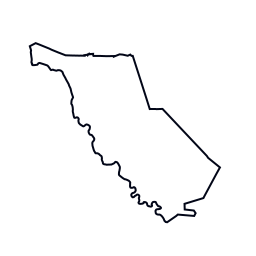 outline of Piedras Negras, Coahuila, Mexico, rotated 170°
{"feature_id": "50627088B9984544896991", "entity_name": "Piedras Negras", "entity_type": "district", "adm_level": 2, "iso_a3": "MEX", "parent_name": "Mexico", "parent_adm1": "Coahuila", "projection": "albers", "projection_center": [-100.532, 28.774], "detail": "fine", "context": "isolated", "style": "outline", "palette": "ink", "viewbox_px": 256, "rotation_deg": 170, "n_neighbors": 0, "source": "geoboundaries", "source_scale": "gbopen_adm2", "svg_char_len": 5734}
<svg xmlns="http://www.w3.org/2000/svg" viewBox="0 0 256 256"><g transform="rotate(170 128 128)"><path d="M128.6,201.2L136.3,202.4L142.0,203.6L142.3,203.7L149.5,205.0L149.7,206.3L149.5,207.1L151.6,207.3L152.1,207.4L152.1,207.2L152.6,207.3L152.9,207.6L153.1,207.4L153.2,207.5L153.3,207.7L153.4,207.9L153.9,207.6L154.6,207.1L155.1,206.6L155.4,207.2L155.5,207.1L156.3,207.2L157.1,207.3L157.5,207.2L158.2,207.3L158.2,206.7L158.8,206.8L159.2,206.9L159.4,207.0L160.6,207.2L161.2,207.3L161.5,207.4L162.7,207.6L162.9,207.6L166.4,208.3L170.5,209.1L174.3,209.9L176.8,210.4L181.6,213.3L182.0,213.6L182.6,213.9L183.9,214.7L189.6,218.3L191.8,219.9L197.7,223.6L201.2,225.8L204.2,227.6L210.5,225.6L210.5,225.3L210.2,223.4L210.0,221.5L210.0,221.1L210.5,219.8L210.6,219.4L210.6,219.0L210.8,214.7L210.8,213.4L210.9,212.4L211.0,211.6L211.1,211.2L211.5,210.2L211.6,209.7L211.7,209.1L211.6,208.9L211.3,208.5L211.2,208.2L211.3,207.9L211.5,207.7L211.4,207.1L211.3,206.7L211.0,206.5L210.7,206.4L210.2,206.3L209.2,206.2L208.0,206.1L206.5,206.1L206.2,206.1L205.1,207.2L204.4,207.4L203.7,207.4L203.3,207.2L200.4,205.7L199.3,205.1L197.1,203.9L196.5,203.5L196.1,203.0L195.7,202.3L195.3,201.5L194.8,200.4L194.5,199.8L194.1,198.9L193.9,198.6L193.7,198.4L193.1,198.4L192.7,198.4L192.2,198.5L191.9,198.5L191.6,198.4L191.1,198.0L188.7,196.9L188.1,196.9L187.3,197.1L186.8,197.1L185.8,196.9L184.9,196.6L184.1,196.1L183.5,195.4L183.0,194.8L182.9,194.7L182.8,194.2L182.7,194.0L182.6,193.2L182.3,191.7L181.0,188.1L180.8,187.3L180.2,185.4L179.7,184.1L179.4,183.2L179.0,182.0L178.8,181.5L178.7,180.7L178.6,179.9L178.4,179.2L178.2,178.5L177.8,177.1L177.7,176.5L177.7,176.1L177.6,174.3L177.6,173.8L177.5,172.5L177.4,171.9L177.2,170.4L176.9,168.7L176.8,168.1L176.8,167.7L177.0,167.4L177.7,166.5L177.9,166.2L178.4,165.6L178.6,165.2L178.9,164.6L179.6,161.9L179.6,161.6L179.5,161.3L179.1,160.5L179.0,159.8L178.9,158.6L178.9,157.8L179.0,156.6L179.1,155.6L179.4,154.5L179.5,153.8L179.5,152.7L179.4,151.9L179.4,150.4L179.4,149.7L179.3,148.7L179.2,147.9L179.0,147.4L178.5,147.2L177.9,147.2L177.4,147.3L177.0,147.3L176.7,147.4L176.2,147.3L175.7,147.0L175.5,146.8L175.2,146.3L175.0,145.7L175.0,145.2L175.2,144.8L175.4,144.3L175.6,143.7L175.6,142.2L175.5,141.4L175.0,140.6L174.4,139.7L173.5,138.9L172.5,138.0L172.1,137.6L171.7,137.4L171.4,137.4L171.0,137.5L170.3,137.8L169.6,138.3L168.8,138.6L168.3,138.7L167.9,138.6L166.9,138.1L166.0,137.3L165.6,136.9L165.3,136.1L165.4,135.2L165.9,133.8L166.2,133.2L166.8,132.7L167.3,132.1L167.5,131.0L167.4,130.0L167.1,129.0L166.6,128.1L166.3,127.9L165.5,127.6L165.1,127.5L164.7,127.0L164.1,125.9L163.7,125.0L163.3,124.2L163.1,123.5L163.2,122.9L163.3,122.4L163.6,121.9L164.0,121.4L164.5,121.0L164.9,120.7L165.3,120.3L165.6,119.8L165.8,119.2L165.9,118.1L166.0,117.2L166.0,116.4L165.7,113.9L165.6,112.8L165.4,111.6L165.2,110.9L164.9,110.4L164.7,109.5L164.3,108.8L164.1,108.7L163.4,108.6L162.8,108.5L162.0,108.1L161.2,107.5L160.8,107.0L160.3,106.2L159.7,105.6L159.1,105.0L159.0,104.7L158.9,104.4L158.9,103.7L158.9,103.0L158.9,102.7L159.2,102.1L159.3,101.3L159.2,100.7L159.1,100.0L158.9,99.3L158.7,98.7L158.8,98.3L158.8,97.5L158.7,97.2L158.2,96.7L157.7,96.4L156.4,96.0L155.3,95.5L154.7,95.5L154.2,95.4L153.2,95.3L150.8,94.9L150.3,95.0L149.3,95.3L148.7,95.4L148.1,95.6L147.7,95.8L147.2,96.1L146.7,96.6L146.2,96.8L145.8,96.7L145.2,96.4L144.6,96.0L144.2,95.3L143.8,94.4L143.5,93.5L143.2,92.6L143.0,91.9L142.9,91.5L142.8,91.0L142.9,90.4L143.1,89.5L143.9,87.3L144.4,86.3L144.8,84.9L145.0,83.7L144.9,83.2L144.6,82.7L142.2,80.0L141.6,79.4L140.3,78.2L140.1,78.1L139.9,78.1L139.2,77.8L138.0,77.1L136.6,76.1L136.1,75.6L135.4,74.4L135.3,74.1L135.3,73.8L135.4,73.3L135.6,72.9L135.7,72.5L135.7,72.0L135.8,71.5L136.0,70.9L136.1,70.6L136.1,69.9L136.0,69.1L135.8,68.8L135.1,68.5L134.1,68.4L133.6,68.4L133.2,68.5L132.9,68.7L132.7,68.7L132.4,68.7L132.2,68.6L131.8,68.3L131.5,67.7L131.3,67.5L131.2,66.9L131.2,66.5L131.2,66.1L131.2,65.5L131.3,65.1L131.4,64.8L131.8,64.4L132.3,63.8L133.0,63.4L133.9,63.2L134.8,63.1L135.3,62.9L135.8,62.5L136.3,61.9L136.4,61.3L136.4,60.6L136.2,60.0L135.9,59.5L135.5,59.0L135.1,58.9L134.5,59.0L134.0,59.1L133.6,59.4L133.2,59.8L132.8,59.9L132.1,60.1L131.7,60.3L131.1,60.7L130.5,60.8L129.9,60.7L129.5,60.5L129.0,60.0L128.7,59.3L128.7,58.9L128.9,58.2L129.1,57.7L129.4,57.3L129.5,57.0L129.5,56.7L129.5,56.3L129.4,55.5L129.4,54.8L129.6,54.3L129.7,54.0L130.4,53.1L130.6,52.8L130.6,52.5L130.5,52.1L130.3,51.7L130.0,51.5L129.6,51.3L128.9,51.1L128.3,51.1L127.6,51.0L126.9,51.0L126.2,51.2L125.9,51.2L125.7,51.4L125.6,51.5L125.6,51.9L125.6,52.0L125.4,52.2L125.2,52.3L124.5,52.2L123.9,52.0L123.2,51.6L122.6,50.9L122.5,50.6L122.4,50.2L122.4,49.7L122.4,49.0L122.2,48.3L121.7,47.7L121.3,47.4L120.8,47.3L120.3,47.1L120.0,46.9L119.6,46.7L119.1,46.6L118.5,46.7L118.2,46.8L118.0,47.0L117.8,47.3L117.8,48.0L118.0,48.5L117.9,48.9L117.4,49.7L116.8,50.4L116.3,50.7L115.8,50.8L114.5,50.6L113.8,50.4L113.5,50.1L113.3,49.2L112.9,47.9L111.9,45.9L111.7,45.7L110.7,45.4L110.2,45.0L109.8,44.5L109.5,44.0L109.4,43.6L109.5,43.4L109.7,43.2L110.0,43.0L110.6,42.8L110.9,42.8L112.3,42.8L112.9,42.9L113.7,42.9L114.1,42.8L114.4,42.7L114.8,42.3L115.2,41.8L115.3,41.4L115.4,40.9L115.4,40.3L115.4,39.2L115.1,38.6L114.6,38.1L113.9,37.7L113.0,37.4L112.1,37.3L111.8,37.2L111.4,36.9L111.0,36.6L110.2,35.6L109.8,35.0L109.0,33.4L108.9,33.1L108.6,32.3L108.2,30.3L108.0,30.0L107.3,29.3L107.2,29.2L107.2,28.9L105.8,28.4L95.8,33.0L94.0,34.1L78.1,29.9L76.2,32.4L77.5,35.3L86.3,37.9L85.5,43.5L65.9,45.9L64.3,48.0L49.0,67.4L44.3,73.2L54.3,84.7L55.2,86.8L72.7,113.4L90.7,140.8L95.7,141.5L96.6,141.6L97.8,142.0L103.3,142.9L104.6,152.9L107.2,172.0L110.8,198.2L112.0,198.4L113.0,199.9L115.7,199.2L120.5,201.2L123.5,202.0L128.8,200.9L128.6,201.2Z" fill="none" stroke="#020617" stroke-width="2"/></g></svg>